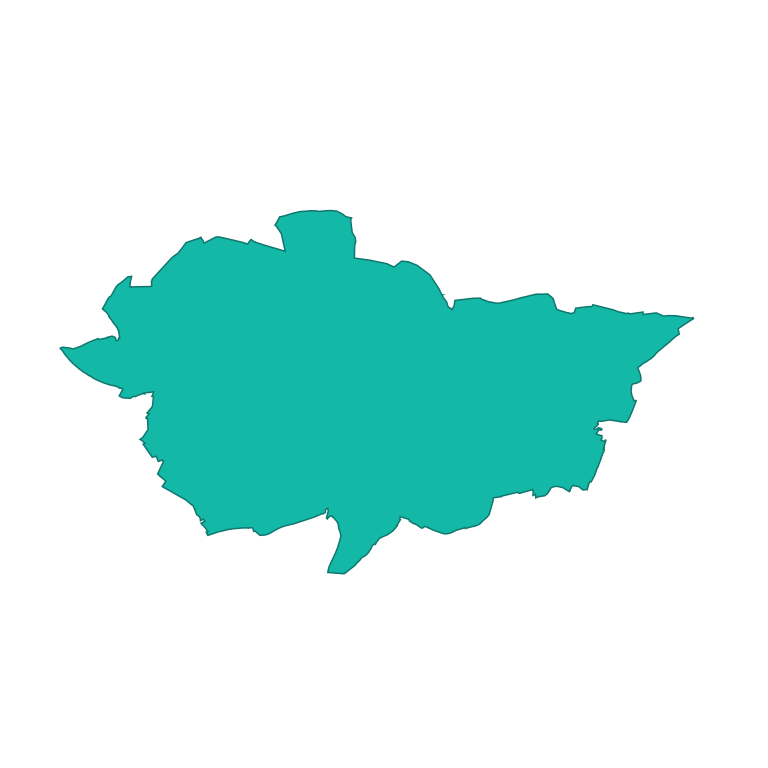 outline of Valkenburg aan de Geul, Limburg, Netherlands, rotated 172°
{"feature_id": "6326949B26894869293479", "entity_name": "Valkenburg aan de Geul", "entity_type": "district", "adm_level": 2, "iso_a3": "NLD", "parent_name": "Netherlands", "parent_adm1": "Limburg", "projection": "natural_earth1", "projection_center": [5.825, 50.861], "detail": "fine", "context": "isolated", "style": "filled", "palette": "teal", "viewbox_px": 768, "rotation_deg": 172, "n_neighbors": 0, "source": "geoboundaries", "source_scale": "gbopen_adm2", "svg_char_len": 6147}
<svg xmlns="http://www.w3.org/2000/svg" viewBox="0 0 768 768"><g transform="rotate(172 384 384)"><path d="M104.4,416.5L117.7,416.8L117.5,419.2L131.3,419.2L131.6,420.0L136.1,420.4L136.2,420.9L139.7,422.0L139.8,422.3L141.2,422.5L146.8,425.6L166.1,433.4L167.5,431.6L171.0,432.2L183.6,432.4L185.7,428.1L186.9,427.9L187.7,428.0L189.0,427.6L191.0,428.7L191.4,428.7L195.3,430.2L195.5,430.5L198.4,431.6L202.6,433.9L204.0,440.7L204.4,444.2L204.7,445.0L205.3,446.0L208.9,449.9L209.5,450.3L210.6,450.6L213.8,450.8L219.5,451.6L221.7,451.7L236.6,450.3L244.6,449.2L259.4,448.0L262.1,448.6L268.9,450.9L274.9,454.0L276.0,454.8L276.5,455.6L283.9,456.5L302.2,456.9L303.3,452.9L303.8,451.5L306.6,448.1L306.8,448.6L307.3,449.3L308.0,450.1L309.0,450.6L309.7,451.6L310.1,453.1L310.4,455.7L310.7,456.8L313.0,460.9L313.5,462.1L313.9,463.8L313.8,464.0L313.5,464.1L314.4,464.3L316.1,470.1L323.3,485.6L334.8,497.0L343.0,501.7L349.5,503.2L357.7,498.4L364.4,502.7L381.2,508.7L395.8,512.8L393.8,525.0L393.6,525.9L392.4,528.3L392.1,529.7L392.2,532.6L392.4,533.8L393.7,536.6L394.4,538.8L394.2,550.1L393.9,551.8L393.0,552.9L398.3,554.9L402.2,558.7L406.6,561.7L411.5,563.0L416.1,563.6L423.8,563.9L428.2,565.1L434.0,566.0L436.3,565.9L442.1,566.4L444.8,566.3L448.1,565.9L449.8,565.9L458.8,564.4L464.1,564.0L464.2,563.8L467.5,559.2L469.8,556.5L468.7,555.2L464.7,547.1L463.4,529.8L463.4,529.0L463.5,529.0L463.6,529.3L482.6,537.9L491.5,542.2L491.4,542.3L494.3,544.3L495.2,545.5L496.0,545.3L497.3,544.0L499.6,541.5L503.6,543.6L509.8,546.1L526.3,552.4L529.8,553.0L542.5,548.6L543.0,549.9L543.3,551.4L543.7,552.2L544.3,552.7L544.8,554.8L545.7,554.6L545.9,554.2L560.3,551.6L564.9,546.8L569.9,542.1L573.8,540.2L577.0,538.2L599.0,520.1L599.5,518.1L600.0,518.1L600.4,513.0L604.2,513.3L622.2,515.5L620.9,520.7L618.9,525.7L622.6,525.8L628.9,521.8L633.6,519.3L635.7,517.6L641.9,509.3L644.1,508.2L645.8,506.4L651.3,498.8L652.2,497.9L651.8,497.5L652.1,497.3L649.6,494.4L648.1,492.4L646.9,489.8L647.1,489.1L646.6,488.4L645.8,486.7L645.5,486.2L645.3,486.2L644.1,483.4L641.2,478.4L640.4,476.7L639.5,473.6L639.3,470.9L639.3,466.6L640.4,466.5L640.7,465.3L641.5,464.3L642.2,464.1L643.4,464.1L643.4,466.5L643.9,467.7L644.5,468.0L646.2,469.1L647.1,469.2L651.7,468.7L651.6,468.3L660.3,467.7L660.8,468.8L670.1,466.5L677.1,464.3L678.2,463.4L678.6,463.7L686.5,462.0L687.4,462.1L689.6,463.1L691.1,463.6L696.8,465.1L698.7,464.9L699.6,464.5L699.5,464.0L698.1,462.4L696.2,458.3L695.1,456.4L691.3,450.4L689.0,447.4L683.8,441.5L679.9,437.6L677.6,435.9L675.5,433.8L674.7,433.1L674.2,433.3L673.9,433.1L673.9,432.9L670.9,430.1L667.9,428.0L661.4,424.1L655.4,421.2L649.8,419.1L647.9,418.1L647.1,417.0L643.4,415.8L644.1,414.2L647.9,409.0L644.6,406.7L637.1,405.1L634.0,406.7L632.2,406.1L629.3,407.0L625.4,407.8L623.6,408.1L622.7,407.6L623.0,408.5L622.6,408.5L616.6,408.3L613.2,408.4L613.6,407.5L615.6,404.0L614.0,403.3L614.8,400.8L615.8,396.3L616.3,394.7L616.9,393.5L622.7,388.2L620.7,387.0L624.0,384.4L623.6,384.0L624.4,383.2L623.0,382.5L624.0,371.7L628.3,367.0L629.7,365.2L633.3,363.0L631.8,362.0L628.9,358.5L630.9,357.9L623.7,343.7L619.5,344.2L618.3,338.7L614.2,339.6L614.1,338.9L613.3,338.5L613.4,337.7L614.0,336.6L620.7,326.5L618.9,324.1L617.3,322.2L617.0,322.1L613.6,318.1L617.9,313.3L596.5,296.9L591.8,291.7L590.2,290.1L589.7,289.3L587.6,280.6L585.5,278.5L584.8,277.1L584.7,276.1L584.8,274.2L581.7,275.3L580.5,273.0L584.6,271.6L581.1,266.6L578.9,262.2L580.7,262.0L579.5,258.6L568.7,260.6L558.4,261.6L552.9,261.6L544.0,261.1L538.7,260.5L538.6,260.1L538.1,260.4L534.2,259.9L533.5,256.5L533.6,256.2L532.2,256.4L528.0,251.4L522.8,251.0L518.7,251.7L509.2,255.5L505.2,256.6L501.6,257.3L492.7,258.1L472.2,261.8L463.5,264.1L462.2,263.9L459.8,265.1L459.6,267.4L458.0,268.5L457.0,268.9L456.9,266.6L457.0,265.6L459.7,259.3L458.7,258.3L458.4,259.0L456.5,260.2L455.6,260.9L454.7,260.6L453.6,259.9L453.0,258.9L452.7,259.0L449.9,254.6L449.3,253.2L448.9,251.6L448.8,250.4L449.0,247.5L448.0,242.8L447.9,240.2L448.0,239.1L449.6,235.1L452.8,228.2L456.1,222.5L463.4,211.5L464.6,208.9L465.9,205.2L449.8,201.6L438.2,208.3L435.7,210.5L432.5,212.8L432.4,213.1L431.6,213.5L431.3,214.3L430.9,214.7L425.5,217.1L422.5,219.5L422.0,220.5L421.2,221.0L421.1,221.4L420.0,222.4L418.2,225.5L416.2,226.8L414.9,226.3L414.0,227.5L413.8,228.3L412.8,228.9L410.3,231.4L408.7,232.3L401.4,234.3L395.6,237.3L390.6,241.7L391.1,242.0L386.5,247.5L387.3,248.1L386.5,250.3L378.3,246.6L377.9,245.0L376.8,243.9L374.7,242.1L371.2,240.1L367.4,236.4L366.2,235.9L363.2,237.3L361.2,236.3L361.3,236.1L355.6,232.5L346.8,227.9L344.0,227.0L340.5,227.0L338.4,227.3L333.3,228.9L331.1,229.4L323.5,230.4L323.5,229.6L315.6,230.6L314.3,230.5L309.9,231.5L308.7,232.0L305.5,234.5L300.7,237.5L298.1,240.0L292.3,253.0L291.8,256.1L283.3,256.1L283.3,256.6L266.7,258.2L265.4,256.8L251.6,258.7L251.2,256.1L252.0,253.0L249.4,253.6L249.6,250.1L247.6,250.8L240.3,251.0L236.8,253.2L236.9,253.4L234.6,255.8L233.6,257.5L231.4,258.5L227.2,258.7L221.2,256.4L215.4,251.6L214.8,252.1L214.3,252.9L214.3,254.0L213.3,254.7L212.7,256.0L210.8,257.2L209.5,256.5L206.5,255.7L205.0,254.9L202.5,252.1L201.2,251.2L198.2,251.4L197.5,251.0L194.7,257.6L194.4,257.5L193.5,258.7L192.4,258.3L187.9,264.6L184.3,271.7L184.0,271.6L179.4,280.0L179.6,280.1L176.5,285.6L176.2,285.6L174.9,288.6L175.7,288.9L174.8,290.4L175.3,290.4L172.1,297.4L172.9,297.6L174.0,296.5L177.0,298.3L175.7,299.9L175.4,302.5L178.0,303.5L180.9,305.0L177.3,308.8L175.7,308.0L174.8,308.4L174.5,308.8L174.5,309.2L175.7,310.0L177.7,310.8L180.1,309.7L181.6,309.6L182.0,309.9L182.2,310.3L181.8,311.2L179.8,312.3L177.7,314.0L177.4,314.5L177.5,314.9L178.2,315.3L176.4,317.6L175.6,317.1L173.6,316.8L166.4,317.0L165.0,316.8L158.0,314.7L155.4,313.8L149.0,312.3L145.7,316.4L141.8,322.9L136.6,332.2L136.7,332.5L137.4,332.7L138.8,332.8L140.2,338.6L140.3,341.3L140.2,343.2L139.0,347.7L138.3,349.3L133.8,349.7L132.2,350.1L129.3,351.2L128.8,353.4L128.8,357.4L130.5,365.0L128.0,366.1L124.9,368.1L120.5,369.9L115.4,372.4L112.7,374.2L110.4,376.4L107.9,378.2L95.4,385.9L92.6,387.9L88.3,390.6L84.7,392.3L85.0,397.8L77.4,401.6L68.4,405.7L68.7,406.7L70.7,406.5L85.3,410.9L92.9,412.2L97.6,412.3L104.4,416.5Z" fill="#14b8a6" stroke="#0f766e" stroke-width="1.5"/></g></svg>